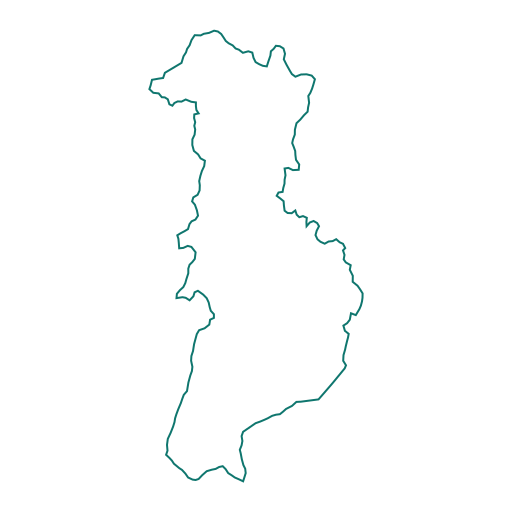 the district of Ibirapitanga, Bahia, Brazil
{"feature_id": "56859067B82282843362719", "entity_name": "Ibirapitanga", "entity_type": "district", "adm_level": 2, "iso_a3": "BRA", "parent_name": "Brazil", "parent_adm1": "Bahia", "projection": "natural_earth1", "projection_center": [-39.442, -14.059], "detail": "fine", "context": "isolated", "style": "outline", "palette": "teal", "viewbox_px": 512, "rotation_deg": 0, "n_neighbors": 0, "source": "geoboundaries", "source_scale": "gbopen_adm2", "svg_char_len": 3606}
<svg xmlns="http://www.w3.org/2000/svg" viewBox="0 0 512 512"><path d="M336.2,239.2L332.7,241.1L328.6,241.5L324.7,243.7L320.5,241.8L317.5,239.3L315.5,235.1L316.7,230.7L319.0,226.2L317.2,223.1L313.6,221.0L309.8,222.5L306.6,226.2L306.4,221.9L306.8,217.8L303.0,216.1L299.3,217.2L296.7,214.7L295.3,210.5L291.7,213.2L287.6,213.0L284.6,210.7L283.9,205.3L283.6,201.2L280.3,198.5L276.7,195.8L278.5,192.5L282.6,191.9L283.3,187.9L284.5,183.7L284.6,179.7L285.5,175.3L284.6,168.5L288.4,167.9L292.9,170.1L298.7,169.8L299.2,164.5L296.0,159.8L295.4,154.9L295.2,151.0L293.7,146.8L292.2,143.1L293.0,139.4L294.8,134.6L294.9,129.7L296.5,123.2L300.3,119.6L304.0,115.2L307.6,111.7L308.1,107.3L309.1,102.8L308.3,96.0L310.3,92.9L312.1,88.6L313.4,84.5L314.9,79.2L311.7,75.6L306.6,74.3L301.0,74.5L295.4,76.7L291.9,74.1L289.9,70.8L286.5,64.7L283.8,59.3L285.0,53.8L283.5,48.5L279.8,46.2L275.9,45.8L273.7,48.8L270.9,51.3L270.4,55.6L268.5,61.1L266.8,66.4L262.8,65.8L259.2,64.2L255.6,62.1L253.5,57.8L252.3,52.6L248.3,51.3L242.9,52.8L238.9,49.7L235.6,48.5L232.7,45.4L228.7,43.3L225.8,41.0L223.7,37.7L221.2,34.0L217.9,31.5L214.1,30.7L209.0,32.9L203.8,33.8L200.7,35.4L194.7,35.2L191.5,40.1L189.6,45.3L187.1,48.9L186.0,52.4L183.5,56.3L181.5,62.9L164.9,72.8L163.1,78.0L158.8,78.6L155.5,79.2L152.0,79.8L150.6,85.5L149.4,89.1L153.3,92.8L158.7,93.4L161.8,97.2L164.8,97.4L167.8,99.3L169.4,104.3L172.4,105.7L174.4,103.0L177.7,101.4L181.5,101.6L185.7,99.5L191.3,101.8L195.9,102.4L195.9,106.1L196.4,110.0L198.6,113.4L194.3,114.4L194.1,118.1L195.2,122.2L194.3,125.8L195.2,129.5L194.6,134.7L192.4,139.3L192.3,145.0L193.9,150.9L198.1,154.4L200.6,158.4L204.9,160.7L204.2,166.1L201.9,171.0L200.4,175.8L199.2,181.1L199.8,185.2L199.6,190.4L197.6,194.8L193.3,197.4L192.1,201.4L194.9,204.7L196.9,210.3L198.0,215.7L195.4,219.6L191.6,221.3L189.5,224.1L188.0,229.1L184.5,231.2L180.7,233.2L177.3,235.3L178.4,238.8L178.8,242.9L179.2,248.3L183.3,247.9L187.7,245.9L191.4,246.9L195.6,252.3L194.8,258.9L192.3,262.1L189.6,264.7L188.3,268.6L188.3,273.3L186.4,279.1L185.3,283.1L183.3,287.1L180.0,290.1L176.9,293.8L176.5,298.1L182.5,297.2L185.7,297.8L189.6,300.3L193.4,296.3L194.6,292.3L197.9,290.8L203.2,294.6L206.7,298.2L208.7,302.5L209.7,307.1L210.8,310.8L213.9,314.2L213.9,317.9L210.1,319.7L209.3,324.6L204.6,328.3L199.1,330.2L196.8,334.1L195.6,338.5L194.1,344.1L193.0,351.1L191.4,356.0L191.1,360.7L192.4,366.8L191.9,371.1L190.3,375.5L188.4,382.5L187.0,391.1L183.8,394.8L182.3,398.8L180.8,403.2L178.3,409.1L176.4,414.2L175.1,418.3L174.5,422.1L173.1,426.6L170.6,432.9L167.8,438.9L167.0,444.9L167.5,450.7L166.1,454.8L169.4,457.9L171.9,460.6L173.9,463.7L176.7,466.0L179.2,468.1L182.0,469.9L185.4,473.6L188.1,477.5L192.6,479.6L195.6,480.0L198.6,479.0L202.2,475.2L206.7,471.2L211.8,469.7L215.7,468.9L219.1,467.0L222.7,466.2L225.6,469.1L228.2,473.1L231.7,475.3L234.8,477.5L238.7,479.2L243.1,481.3L244.4,477.3L245.7,473.1L245.2,468.7L243.4,465.1L241.8,459.2L240.7,453.3L239.8,449.8L241.6,445.3L242.4,441.0L241.6,436.1L243.1,431.8L255.6,423.2L260.1,421.6L264.4,419.8L267.7,418.3L272.2,415.8L276.0,414.7L279.9,414.2L283.1,411.6L286.1,408.9L292.0,405.9L296.4,401.9L300.8,401.7L318.5,399.4L327.1,389.5L332.6,383.1L344.7,368.4L346.0,365.3L343.2,360.8L343.5,355.1L345.1,349.6L345.8,346.2L347.1,340.9L348.0,337.6L348.7,333.9L344.9,330.8L343.4,325.6L347.1,323.2L349.8,319.7L351.0,313.3L355.8,315.1L359.4,309.1L360.9,305.6L362.0,301.4L362.5,297.8L362.6,293.4L360.3,289.7L357.6,285.8L352.7,281.8L352.8,275.8L349.8,269.8L350.7,265.2L345.8,262.4L343.7,259.4L344.5,254.9L343.0,250.4L345.2,248.1L343.0,243.8L339.7,242.3L336.2,239.2Z" fill="none" stroke="#0f766e" stroke-width="2"/></svg>